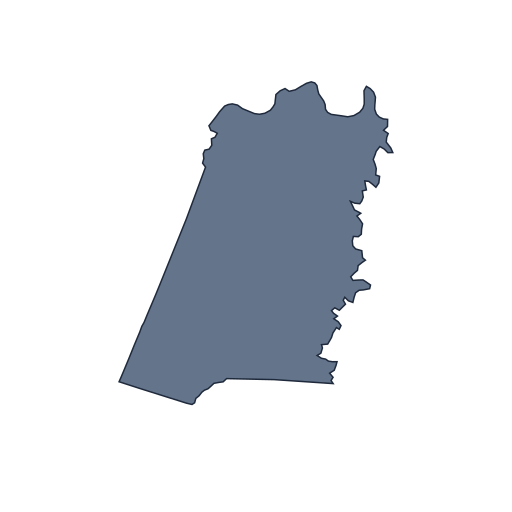 the district of Engenheiro Beltrão, Paraná, Brazil, rotated 334°
{"feature_id": "56859067B7078612877165", "entity_name": "Engenheiro Beltrão", "entity_type": "district", "adm_level": 2, "iso_a3": "BRA", "parent_name": "Brazil", "parent_adm1": "Paraná", "projection": "mercator", "projection_center": [-52.222, -23.762], "detail": "fine", "context": "isolated", "style": "filled", "palette": "slate", "viewbox_px": 512, "rotation_deg": 334, "n_neighbors": 0, "source": "geoboundaries", "source_scale": "gbopen_adm2", "svg_char_len": 2422}
<svg xmlns="http://www.w3.org/2000/svg" viewBox="0 0 512 512"><g transform="rotate(334 256 256)"><path d="M355.5,118.2L350.1,118.1L344.7,119.6L341.5,124.6L339.7,127.5L336.6,129.5L332.8,131.3L326.6,131.6L321.2,130.1L317.0,127.3L308.4,117.6L305.6,112.3L301.4,108.9L297.5,107.7L293.5,107.5L286.5,110.4L281.7,113.0L275.4,116.1L270.8,118.3L270.5,123.3L272.8,125.6L275.0,128.7L271.2,131.3L267.3,131.1L264.8,137.1L260.7,139.4L256.4,138.4L253.4,141.0L251.8,145.6L248.7,149.1L249.6,154.0L209.6,192.2L181.5,217.5L157.3,239.3L149.0,246.7L132.0,261.5L126.3,266.6L122.5,269.2L118.4,273.2L107.7,282.6L96.6,292.6L85.7,302.2L81.8,305.6L77.8,309.0L93.9,324.5L129.0,357.8L133.4,361.4L136.5,361.0L139.5,357.6L143.5,356.7L147.6,354.7L150.8,354.0L154.7,354.3L158.6,353.2L162.4,352.0L167.4,353.4L171.3,354.7L175.8,353.3L218.2,375.1L269.4,404.5L268.9,400.8L272.1,398.8L270.8,393.6L276.2,393.0L280.0,389.4L282.5,386.5L278.5,384.6L275.0,382.2L273.4,379.2L270.0,376.6L267.3,372.2L271.7,371.8L275.4,367.8L276.0,364.4L281.8,366.6L285.6,364.1L288.2,362.3L291.4,358.9L296.9,355.6L298.7,358.4L301.9,355.8L301.1,351.2L298.4,346.5L302.9,345.7L300.6,341.5L299.9,338.2L304.1,337.1L307.1,341.3L315.3,338.5L315.0,334.0L317.7,332.0L319.4,336.8L322.7,340.2L326.2,336.0L329.4,332.7L333.7,332.0L337.5,333.5L343.8,335.2L346.2,332.3L343.4,327.2L341.7,324.4L338.2,322.8L332.4,320.4L332.0,316.2L336.7,314.5L340.9,313.4L343.6,309.4L348.6,308.3L352.5,307.7L351.0,304.3L353.4,297.6L348.6,293.3L347.5,289.2L349.2,284.6L352.1,281.1L356.4,283.5L360.2,282.6L362.7,278.1L365.9,273.8L365.2,268.5L364.2,264.3L368.9,263.5L364.7,257.7L364.8,253.7L364.8,248.2L367.9,251.8L372.2,254.5L375.1,253.0L378.2,250.1L380.1,244.1L384.2,245.0L385.2,241.1L386.7,236.2L390.1,238.4L392.2,242.7L393.9,246.8L398.4,244.2L402.0,238.6L399.1,235.6L402.4,230.2L403.2,225.9L403.7,220.6L407.7,216.9L409.9,214.6L415.3,211.9L418.1,216.0L419.8,220.9L424.3,223.0L424.5,217.9L423.0,210.7L425.5,206.7L428.5,203.9L425.7,198.9L431.0,197.2L434.2,190.9L430.5,188.6L427.7,185.2L426.4,181.2L427.0,176.1L429.1,172.2L431.1,168.9L433.0,165.6L433.5,160.3L432.0,155.6L429.6,151.9L425.5,154.8L422.3,161.9L419.8,167.0L416.8,170.1L412.2,172.2L405.5,172.7L399.5,171.1L393.9,167.2L385.7,161.7L383.3,158.3L382.8,154.6L384.5,150.2L384.8,146.3L383.5,137.9L384.2,134.1L385.5,129.5L384.7,126.2L382.0,123.7L377.1,122.9L370.7,123.3L364.2,123.9L358.0,122.5L355.5,118.2Z" fill="#64748b" stroke="#1e293b" stroke-width="1.5"/></g></svg>